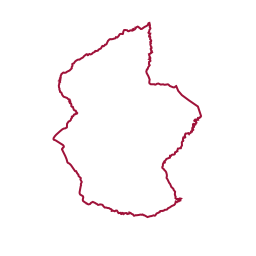 Areza, Debub, Eritrea (orthographic projection), rotated 156°
{"feature_id": "51966322B88449484299376", "entity_name": "Areza", "entity_type": "district", "adm_level": 2, "iso_a3": "ERI", "parent_name": "Eritrea", "parent_adm1": "Debub", "projection": "orthographic", "projection_center": [38.502, 14.876], "detail": "fine", "context": "isolated", "style": "outline", "palette": "rose", "viewbox_px": 256, "rotation_deg": 156, "n_neighbors": 0, "source": "geoboundaries", "source_scale": "gbopen_adm2", "svg_char_len": 5761}
<svg xmlns="http://www.w3.org/2000/svg" viewBox="0 0 256 256"><g transform="rotate(156 128 128)"><path d="M198.7,79.5L197.4,77.3L196.9,76.8L196.7,75.9L196.1,75.6L195.9,75.0L195.2,74.3L193.7,74.0L192.1,74.7L190.2,74.8L188.5,72.9L188.2,72.2L187.5,71.6L186.7,70.0L186.0,69.7L184.6,69.6L183.0,68.6L182.5,68.0L182.3,66.6L181.6,64.8L180.3,64.2L178.9,63.0L178.0,62.6L177.3,61.5L176.6,60.9L176.1,60.0L176.6,58.9L175.2,58.5L174.0,57.3L172.5,57.5L171.7,57.0L171.3,54.1L169.5,53.6L169.4,52.5L169.1,52.1L168.5,52.0L168.3,52.8L167.9,52.9L166.9,52.1L166.8,51.2L165.7,51.5L164.1,51.0L163.8,50.6L163.8,49.9L163.6,49.7L163.0,49.9L162.7,49.9L162.4,49.4L161.6,49.4L161.2,49.6L161.0,50.1L160.1,49.2L159.8,48.3L158.6,47.0L158.3,45.5L157.9,45.3L156.3,45.2L155.7,44.8L153.3,44.1L152.0,43.9L150.7,43.1L150.1,43.2L149.6,42.8L149.3,42.0L148.6,41.7L146.4,38.7L143.7,38.4L142.4,38.0L140.1,37.8L139.4,37.1L138.7,37.0L136.6,38.3L135.1,38.2L134.0,38.4L133.4,38.2L132.3,39.0L130.5,38.4L130.0,38.0L129.4,38.2L128.5,38.0L127.6,38.3L126.8,37.9L125.3,37.7L123.9,38.5L122.5,38.4L119.8,38.9L117.0,38.9L115.7,39.6L114.3,41.4L113.4,40.4L112.1,41.0L111.6,40.8L111.4,40.4L110.8,40.6L109.6,40.5L109.2,41.6L108.4,41.9L109.3,42.6L110.6,42.5L111.7,43.1L112.6,43.3L113.2,44.7L112.4,45.8L112.5,47.0L112.2,47.7L112.2,48.4L110.9,50.6L111.5,53.1L111.3,54.1L112.4,56.5L112.3,59.8L112.7,61.1L112.8,65.2L113.1,66.4L112.8,67.3L112.1,68.1L111.5,69.6L111.1,72.1L111.4,73.8L111.9,74.7L111.9,75.5L112.8,77.4L112.7,77.9L112.6,78.4L111.6,79.1L110.8,80.8L109.4,82.0L108.6,81.4L108.3,81.6L108.2,82.8L107.0,83.1L105.5,84.1L101.7,83.9L101.3,84.7L100.8,84.8L100.8,85.0L101.1,85.3L100.9,85.6L99.9,85.2L99.0,85.6L98.1,85.6L97.2,85.1L96.3,85.0L95.6,85.4L95.0,86.6L94.6,86.7L93.6,86.5L93.1,86.9L92.3,86.7L92.0,87.5L90.8,88.9L90.1,88.6L88.9,88.5L88.0,88.0L87.8,88.1L87.5,88.8L85.7,90.2L84.8,92.8L83.8,93.7L82.9,93.7L82.6,94.0L82.5,95.2L81.6,96.6L81.1,97.0L80.1,96.4L80.0,96.1L79.4,96.3L79.2,98.0L77.9,99.4L77.5,99.5L76.6,99.0L75.0,98.8L74.7,97.6L74.1,98.0L72.5,98.2L71.9,99.1L71.0,98.7L70.0,100.4L69.4,99.7L69.1,99.8L69.0,101.0L69.3,101.7L69.0,102.1L67.5,102.0L67.1,102.3L67.0,103.0L67.7,103.5L67.1,105.0L66.3,105.1L65.9,104.7L65.5,103.8L65.1,103.7L64.7,104.0L64.1,104.8L63.3,105.0L63.2,106.2L64.4,107.3L64.5,107.7L64.3,107.9L63.1,108.4L62.0,107.9L61.4,107.2L60.7,107.0L60.6,108.0L60.1,108.6L59.6,108.1L59.1,108.1L58.4,108.6L57.6,108.3L56.4,109.2L55.4,119.2L61.1,128.5L65.4,136.1L67.0,141.5L66.9,146.7L67.5,146.7L68.9,146.2L70.1,146.7L72.7,149.4L73.3,151.0L73.8,151.7L76.1,152.3L77.3,152.8L78.1,153.6L80.5,154.4L82.2,156.3L83.7,156.6L85.0,156.4L85.7,156.6L86.1,157.2L89.4,158.7L90.2,160.0L90.0,161.1L88.5,163.5L88.3,166.9L88.6,170.7L88.2,172.4L87.3,173.2L87.0,173.8L85.9,174.0L85.0,175.2L82.6,176.6L82.9,177.9L82.0,179.3L82.0,179.7L81.8,179.9L80.3,180.1L80.0,180.8L80.0,181.5L80.6,182.2L79.4,182.5L79.1,182.8L79.1,183.1L79.6,183.3L79.7,183.5L79.1,184.1L79.1,185.8L78.8,186.2L78.8,186.9L77.3,186.9L75.1,187.4L75.1,187.6L75.8,188.1L75.0,189.0L75.3,189.5L75.1,189.9L75.2,190.8L75.1,191.1L74.0,191.4L73.9,191.6L74.1,192.0L73.7,192.5L73.9,193.0L73.6,195.3L73.1,196.1L72.8,196.1L72.9,196.8L72.5,197.0L72.5,197.6L71.7,197.7L71.2,198.6L71.7,200.2L71.0,201.2L70.6,202.5L71.5,202.9L71.4,203.4L70.6,204.2L69.3,205.0L69.2,205.2L70.0,205.6L70.5,206.3L70.6,206.7L69.3,207.7L68.5,208.9L67.1,209.7L66.9,210.8L67.1,211.5L66.3,212.6L66.4,213.2L66.0,213.6L65.7,215.3L66.4,215.4L66.8,215.3L68.1,213.9L70.4,213.6L71.7,213.6L75.1,212.9L76.1,213.3L76.3,214.1L76.9,214.9L77.3,216.0L77.9,216.7L79.6,216.6L80.1,216.2L80.5,216.5L80.9,215.7L81.8,215.3L82.4,215.3L82.8,216.3L83.8,216.2L84.0,216.0L83.9,215.2L84.5,215.2L86.2,216.3L87.3,216.1L88.2,216.2L88.7,216.6L89.0,217.6L90.9,218.8L91.8,219.0L93.1,217.9L94.2,216.2L94.6,216.0L96.2,216.9L97.1,217.1L98.0,216.8L98.5,216.2L100.6,215.2L101.0,215.1L102.0,215.9L102.8,215.2L103.4,215.1L104.8,215.4L105.7,215.4L106.7,215.8L107.5,215.9L108.0,216.4L108.8,216.5L110.9,215.7L113.6,213.3L114.2,213.2L115.2,213.4L115.7,213.0L117.0,212.6L117.8,213.3L118.2,213.3L120.4,211.7L123.0,211.6L124.0,210.9L125.4,211.1L126.2,211.6L126.6,211.7L127.5,211.0L129.5,211.0L130.8,210.4L132.0,210.4L132.4,210.5L133.1,211.3L133.7,211.3L134.8,210.8L135.2,210.9L135.5,212.1L136.0,212.3L139.0,211.5L140.3,210.8L143.3,210.5L144.4,210.2L145.9,210.8L147.5,210.7L149.2,210.3L151.2,209.1L152.7,209.2L153.1,208.6L153.4,207.4L154.7,206.5L155.1,205.4L156.1,205.0L158.0,204.3L161.0,204.2L161.8,203.9L163.3,204.1L164.4,204.9L165.0,204.9L165.9,204.5L166.6,204.5L168.5,202.8L168.7,201.8L169.7,201.3L169.6,200.4L170.6,200.2L170.5,199.3L171.7,199.0L171.2,198.3L171.3,197.6L172.5,197.1L173.1,195.8L173.8,195.2L174.5,193.3L174.6,191.7L175.1,190.9L175.0,189.8L175.4,188.7L174.5,187.5L174.6,184.8L174.1,182.8L171.5,180.3L170.8,178.6L169.8,177.8L169.8,177.2L170.7,176.6L169.9,175.8L170.0,175.6L170.7,175.6L171.0,175.1L170.9,174.3L170.2,173.8L170.1,173.4L170.3,172.1L170.9,171.1L170.5,170.1L169.8,169.7L170.1,166.7L169.8,166.0L168.7,165.0L168.8,164.1L168.3,162.3L168.8,161.9L169.3,161.9L170.2,162.4L170.8,162.0L171.9,162.2L173.1,161.2L174.5,161.3L174.8,161.1L174.9,160.2L176.1,159.7L177.1,158.5L178.4,158.0L179.6,158.1L181.9,156.7L183.6,153.4L185.4,153.2L186.9,153.6L188.5,153.5L191.7,152.6L196.3,151.1L198.3,150.2L200.1,149.0L200.6,148.1L200.5,147.4L199.2,146.2L194.3,138.8L194.1,138.1L194.1,137.3L194.5,136.7L195.7,136.4L196.1,135.8L196.8,135.7L197.0,135.4L196.7,128.0L196.8,124.6L197.3,121.2L197.0,120.5L196.0,119.3L195.2,117.3L193.9,110.2L192.9,109.6L193.0,108.5L192.8,108.0L192.9,107.3L192.3,105.6L192.7,104.3L191.5,101.4L192.4,100.3L192.2,97.5L193.8,96.1L194.0,95.7L194.1,94.9L195.0,93.9L198.3,89.1L198.7,88.2L198.8,87.5L198.7,86.6L197.0,84.2L196.9,83.7L197.1,82.8L198.4,81.0L198.7,80.2L198.7,79.5Z" fill="none" stroke="#9f1239" stroke-width="2"/></g></svg>